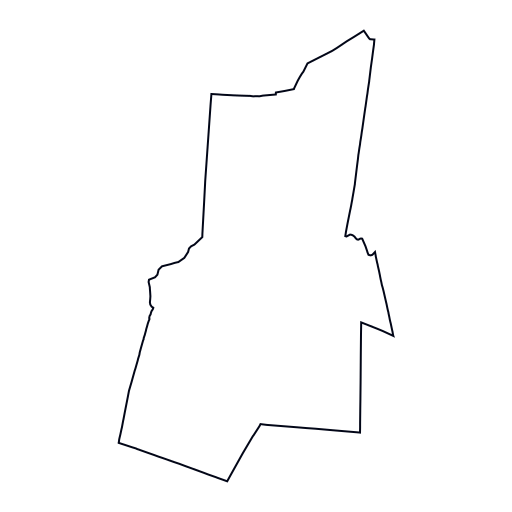 Ramnicelu, Buzau, Romania (Albers equal-area conic projection)
{"feature_id": "2599482B19117099311007", "entity_name": "Ramnicelu", "entity_type": "district", "adm_level": 2, "iso_a3": "ROU", "parent_name": "Romania", "parent_adm1": "Buzau", "projection": "albers", "projection_center": [27.132, 45.371], "detail": "fine", "context": "isolated", "style": "outline", "palette": "ink", "viewbox_px": 512, "rotation_deg": 0, "n_neighbors": 0, "source": "geoboundaries", "source_scale": "gbopen_adm2", "svg_char_len": 3954}
<svg xmlns="http://www.w3.org/2000/svg" viewBox="0 0 512 512"><path d="M227.2,481.3L228.5,478.9L229.0,478.0L231.1,474.2L242.8,453.2L252.9,436.1L253.5,435.4L259.5,426.1L260.5,424.1L266.8,424.9L297.2,427.3L306.8,428.1L315.3,428.7L334.6,430.4L358.2,432.4L360.0,432.6L360.1,427.5L360.1,423.7L360.3,406.1L360.4,399.6L360.6,380.8L360.8,353.9L361.0,333.8L361.2,322.4L377.4,328.8L382.7,331.0L393.3,335.9L393.2,335.6L392.9,333.9L392.8,333.5L392.5,331.6L392.3,330.9L391.5,327.1L390.7,323.3L390.4,322.2L389.8,319.6L389.3,317.0L388.5,313.2L388.4,312.4L387.9,310.5L387.6,309.2L387.3,307.8L386.5,303.9L386.0,301.8L385.1,297.9L384.3,294.4L383.5,290.9L382.6,287.4L381.9,285.1L381.3,282.1L380.7,279.5L380.1,276.5L379.9,275.3L379.4,272.9L379.1,271.4L378.3,267.9L377.9,266.2L377.6,264.5L377.1,262.6L376.5,259.8L375.8,256.5L375.7,256.0L375.7,255.6L375.3,253.6L375.0,252.0L373.6,253.5L372.4,254.8L370.9,255.3L370.3,255.3L369.9,255.2L369.1,255.0L368.8,254.9L368.5,254.8L368.3,254.4L368.1,253.7L367.6,252.7L367.2,251.3L365.5,246.3L362.2,238.7L361.1,238.5L360.1,238.7L358.9,239.4L358.1,239.7L356.8,239.3L355.7,238.2L354.5,236.6L352.6,235.2L351.0,234.7L350.0,234.6L348.7,235.3L346.5,236.5L345.3,236.1L346.0,231.6L347.6,223.1L350.1,210.6L350.3,209.6L350.4,209.3L351.1,205.8L351.8,201.9L352.2,199.9L352.4,198.5L353.4,192.8L354.9,184.0L354.9,183.4L356.5,170.3L357.2,164.6L357.9,159.3L358.4,154.6L358.6,153.5L359.4,148.0L360.0,144.5L360.3,141.8L360.9,138.2L361.3,135.6L361.8,131.9L362.4,128.2L362.9,124.6L364.3,114.7L365.3,107.8L365.5,106.7L366.5,99.6L367.0,96.0L367.4,93.7L368.0,89.0L368.9,83.2L369.2,81.2L369.2,80.9L370.4,71.0L370.9,66.9L371.9,59.9L372.1,58.5L372.3,56.9L373.1,50.8L374.0,44.4L374.0,43.9L374.4,39.5L373.8,39.5L370.0,39.2L369.1,38.4L367.5,36.1L365.4,33.0L364.5,31.7L363.8,30.7L353.8,37.0L346.9,41.2L336.8,48.0L332.3,50.8L307.5,63.4L303.3,71.8L302.2,73.2L301.4,74.4L299.7,77.2L297.8,80.6L294.1,88.4L293.9,89.1L285.0,90.9L275.9,92.5L275.8,94.5L274.5,94.6L267.7,95.2L263.0,95.6L261.9,95.8L260.5,96.1L259.2,96.3L257.7,96.2L256.3,96.2L255.1,96.2L254.1,96.3L253.3,96.3L252.9,96.3L252.1,96.2L250.8,96.0L250.2,95.9L246.4,95.8L240.3,95.6L232.8,95.3L231.3,95.2L223.2,94.8L217.9,94.4L211.4,94.0L211.3,95.5L210.6,104.3L205.2,181.2L205.0,185.3L204.0,204.5L202.4,233.7L202.3,237.1L198.4,240.8L194.4,244.6L191.1,246.3L189.0,248.5L188.1,252.0L184.3,257.9L180.0,260.9L178.3,262.1L177.6,262.2L174.6,262.9L170.8,264.1L162.0,266.3L158.6,269.7L157.4,274.7L155.0,277.3L150.2,279.2L149.0,279.7L148.6,282.0L148.8,282.8L149.0,283.7L149.8,287.1L149.9,289.1L150.1,291.5L150.4,296.3L150.3,297.8L150.2,299.3L149.9,302.3L150.3,304.6L151.6,306.6L152.1,307.0L152.6,307.3L153.0,307.5L153.3,307.7L153.2,308.1L153.1,308.5L152.9,309.0L152.7,309.4L152.4,309.9L152.2,310.2L151.8,310.7L151.4,311.5L151.2,312.1L151.0,312.7L150.8,313.4L150.7,314.0L150.6,314.4L150.2,315.1L149.9,315.4L149.7,315.8L149.6,316.1L149.5,316.5L149.4,317.1L149.3,317.5L149.2,317.9L149.2,318.2L149.3,318.5L149.5,318.9L149.4,319.3L149.1,320.1L148.7,321.0L147.9,323.3L147.5,324.7L147.0,326.6L146.5,328.2L146.1,329.7L146.0,330.4L145.3,332.9L144.7,335.2L144.4,336.0L144.1,336.9L143.7,338.1L143.6,339.3L143.1,340.4L141.0,347.8L140.3,350.4L140.0,351.3L139.9,351.9L139.7,352.5L139.7,352.9L139.5,353.8L139.4,354.7L138.1,358.8L138.0,359.2L137.8,360.2L137.2,362.3L135.4,368.6L134.7,370.7L133.7,374.3L132.8,377.5L131.5,382.2L131.0,383.9L129.0,390.7L127.8,397.0L126.8,402.1L124.9,411.8L123.5,419.2L123.2,420.5L121.9,427.5L121.5,429.1L120.3,434.7L119.6,437.6L119.2,439.4L118.9,441.8L118.7,442.6L118.7,442.9L119.4,443.1L120.9,443.6L122.1,444.0L124.0,444.6L132.5,447.4L134.2,447.9L136.1,448.5L136.8,448.9L137.9,449.3L138.9,449.6L140.2,450.1L145.0,451.8L147.8,452.8L150.1,453.6L154.4,455.1L156.5,455.9L158.7,456.7L162.6,458.0L173.9,462.0L179.3,463.8L185.4,466.1L199.4,471.2L203.8,472.8L208.2,474.5L210.5,475.3L214.8,476.8L215.7,477.1L217.7,477.9L218.3,478.1L220.5,478.9L222.8,479.7L227.2,481.3Z" fill="none" stroke="#020617" stroke-width="2"/></svg>